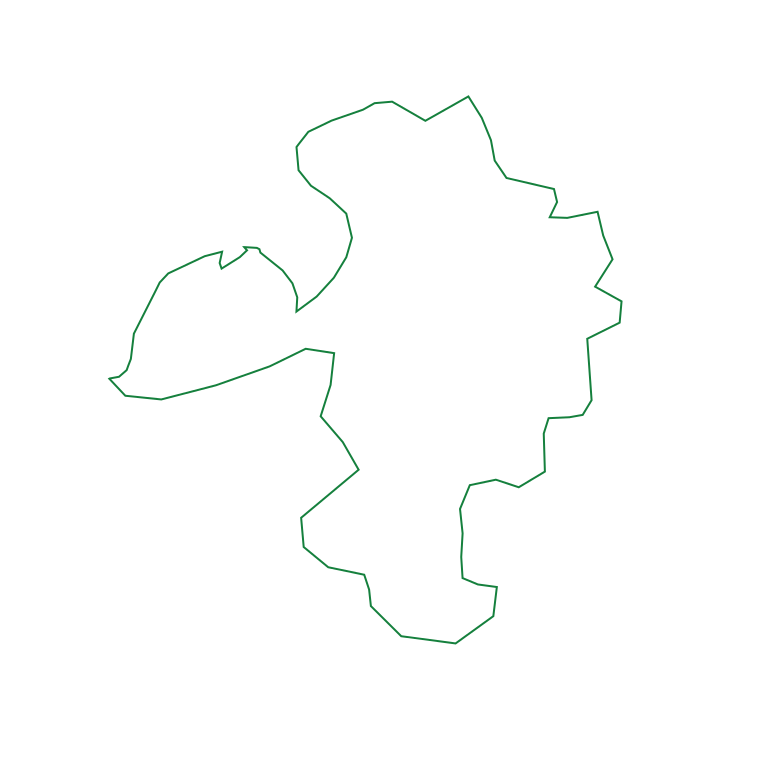 map outline of Anenii Noi (orthographic projection), rotated 251°
{"feature_id": "MDA-1629", "entity_name": "Anenii Noi", "entity_type": "District", "adm_level": 1, "iso_a3": "MDA", "parent_name": "Moldova", "parent_adm1": "", "projection": "orthographic", "projection_center": [29.256, 46.95], "detail": "fine", "context": "isolated", "style": "outline", "palette": "green", "viewbox_px": 768, "rotation_deg": 251, "n_neighbors": 0, "source": "natural_earth", "source_scale": "10m", "svg_char_len": 1330}
<svg xmlns="http://www.w3.org/2000/svg" viewBox="0 0 768 768"><g transform="rotate(251 384 384)"><path d="M429.4,346.9L442.8,321.4L437.9,281.6L437.5,224.7L441.9,168.4L457.1,135.6L478.4,126.0L478.5,126.6L477.1,135.8L480.9,145.2L484.4,148.0L490.1,152.8L513.2,164.0L513.3,164.2L545.8,197.7L553.0,205.0L558.8,216.0L563.2,256.1L561.8,274.0L560.8,273.4L551.9,268.0L546.0,268.0L550.9,289.0L555.0,298.0L555.2,297.9L558.9,296.4L558.7,297.0L554.1,308.1L552.0,310.1L548.5,309.9L524.4,325.1L509.0,330.2L494.2,330.2L481.0,324.8L488.6,348.8L500.8,371.2L516.1,389.6L519.2,391.8L532.7,401.3L557.4,403.8L577.2,393.2L595.2,379.5L613.9,372.8L636.5,378.4L636.8,378.8L638.7,381.6L647.1,394.6L650.1,420.1L650.2,453.5L652.6,466.5L648.3,483.6L619.4,508.8L628.4,557.4L603.8,563.1L579.7,564.5L559.2,561.4L538.9,566.9L513.0,608.2L499.7,606.9L487.7,595.0L481.4,611.4L477.3,642.0L453.0,639.6L427.5,640.7L407.3,615.3L384.8,635.5L365.3,626.8L360.6,590.9L301.1,575.0L290.1,561.8L292.2,548.5L298.1,528.5L285.1,518.9L248.8,507.6L242.5,477.8L257.1,458.6L260.4,432.2L241.1,415.2L217.2,409.7L195.3,400.7L174.9,395.1L163.9,407.5L155.3,424.6L128.9,411.8L115.4,367.2L139.9,318.2L178.3,299.3L194.5,303.0L210.1,303.2L228.9,271.6L256.0,255.0L284.5,262.1L311.2,332.1L342.5,326.1L374.1,313.6L400.5,333.2L429.4,346.9Z" fill="none" stroke="#15803d" stroke-width="2"/></g></svg>